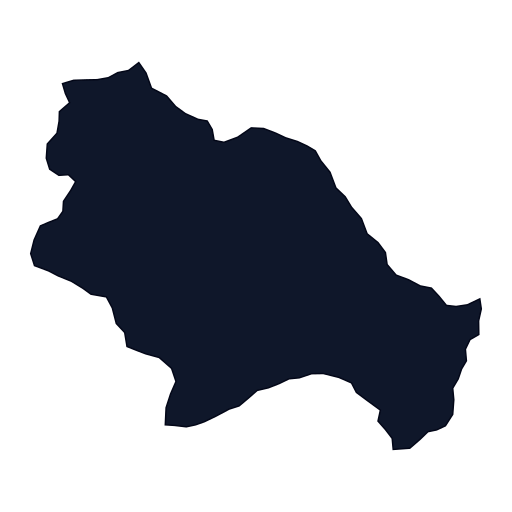 Acaiaca, Minas Gerais, Brazil (orthographic projection)
{"feature_id": "56859067B86255168283316", "entity_name": "Acaiaca", "entity_type": "district", "adm_level": 2, "iso_a3": "BRA", "parent_name": "Brazil", "parent_adm1": "Minas Gerais", "projection": "orthographic", "projection_center": [-43.099, -20.398], "detail": "fine", "context": "isolated", "style": "filled", "palette": "ink", "viewbox_px": 512, "rotation_deg": 0, "n_neighbors": 0, "source": "geoboundaries", "source_scale": "gbopen_adm2", "svg_char_len": 1579}
<svg xmlns="http://www.w3.org/2000/svg" viewBox="0 0 512 512"><path d="M479.8,298.9L467.4,304.8L456.1,306.5L446.4,305.4L439.0,296.3L431.4,288.1L420.1,285.9L408.7,279.8L396.1,275.1L387.1,264.5L385.4,252.5L378.0,242.6L367.1,233.8L361.4,218.6L351.5,207.2L345.2,196.8L335.9,187.9L330.0,172.2L320.8,160.8L315.3,150.9L307.1,146.0L297.4,141.5L285.6,137.8L275.8,133.2L263.6,128.5L251.2,127.9L237.7,137.2L224.0,142.3L214.1,140.3L212.2,129.5L207.2,121.0L197.9,119.3L185.3,113.6L175.6,106.5L166.6,96.0L151.5,88.2L146.0,73.0L138.8,62.6L128.5,70.5L117.8,72.6L108.4,77.7L97.2,79.7L86.5,79.9L73.7,80.3L62.5,83.6L65.4,93.5L69.7,102.7L59.4,111.6L59.1,121.2L57.0,133.2L47.3,144.0L46.3,158.2L49.7,169.2L58.9,175.3L68.4,174.7L75.7,181.6L70.7,190.5L63.5,201.3L62.9,211.3L57.6,218.8L48.8,222.3L40.4,225.9L34.1,240.0L30.7,253.6L34.5,265.6L48.6,270.9L58.2,275.9L71.3,281.2L82.6,288.1L91.0,294.2L106.4,296.9L112.3,307.9L116.3,323.5L124.7,332.5L127.0,346.5L137.3,350.6L145.7,353.8L159.2,357.5L171.6,368.4L176.0,381.5L170.6,393.9L166.1,407.7L165.3,424.8L174.5,425.4L186.3,426.8L195.6,424.8L204.4,421.7L216.2,416.0L229.1,409.1L239.1,405.9L248.4,398.1L257.2,390.4L268.4,387.8L279.3,383.5L289.0,378.8L299.3,377.8L311.5,373.7L323.3,373.5L338.9,377.4L351.5,382.9L356.4,392.4L368.2,401.2L380.4,410.1L378.0,421.1L385.4,429.5L392.2,438.4L393.2,449.4L409.8,448.2L420.4,439.0L427.9,431.7L436.6,429.9L445.4,425.8L452.7,414.4L453.8,399.8L452.7,388.2L458.2,378.9L461.6,368.9L466.4,360.8L465.4,349.2L470.0,339.6L478.8,334.5L478.6,320.9L481.3,308.9L479.8,298.9Z" fill="#0f172a" stroke="#020617" stroke-width="1.5"/></svg>